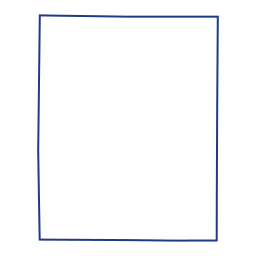 Linn, Iowa, United States of America (Mercator projection)
{"feature_id": "52423323B70350332268545", "entity_name": "Linn", "entity_type": "district", "adm_level": 2, "iso_a3": "USA", "parent_name": "United States of America", "parent_adm1": "Iowa", "projection": "mercator", "projection_center": [-91.569, 42.079], "detail": "fine", "context": "isolated", "style": "outline", "palette": "blue", "viewbox_px": 256, "rotation_deg": 0, "n_neighbors": 0, "source": "geoboundaries", "source_scale": "gbopen_adm2", "svg_char_len": 263}
<svg xmlns="http://www.w3.org/2000/svg" viewBox="0 0 256 256"><path d="M217.8,16.7L128.9,16.7L39.8,15.4L38.2,150.0L38.9,194.8L39.7,239.6L128.5,240.1L172.7,240.6L216.7,240.5L216.8,195.8L217.2,106.4L217.8,16.7Z" fill="none" stroke="#1e3a8a" stroke-width="2"/></svg>